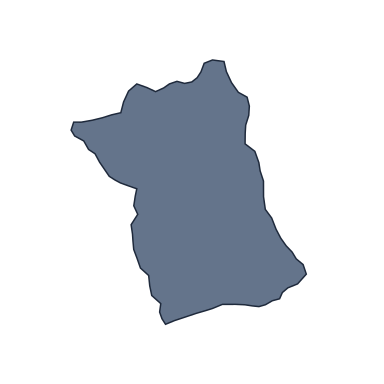 Ibirité, Minas Gerais, Brazil, rotated 18°
{"feature_id": "56859067B8022676764882", "entity_name": "Ibirité", "entity_type": "district", "adm_level": 2, "iso_a3": "BRA", "parent_name": "Brazil", "parent_adm1": "Minas Gerais", "projection": "orthographic", "projection_center": [-44.071, -20.022], "detail": "fine", "context": "isolated", "style": "filled", "palette": "slate", "viewbox_px": 384, "rotation_deg": 18, "n_neighbors": 0, "source": "geoboundaries", "source_scale": "gbopen_adm2", "svg_char_len": 1198}
<svg xmlns="http://www.w3.org/2000/svg" viewBox="0 0 384 384"><g transform="rotate(18 192 192)"><path d="M205.3,82.9L195.8,75.8L187.5,66.9L182.1,58.0L170.7,60.1L163.8,65.8L163.4,75.0L161.6,81.7L157.8,87.4L151.4,91.0L143.5,91.4L137.1,96.2L132.9,101.8L126.3,107.8L116.9,106.6L106.1,106.3L100.5,115.6L99.1,127.5L99.8,138.6L91.8,143.4L83.8,149.1L74.9,154.6L65.1,159.8L57.9,162.1L57.9,170.5L63.1,175.0L73.3,176.9L80.5,183.5L88.0,185.6L94.9,192.2L108.5,202.7L115.1,204.4L121.2,205.5L129.9,205.8L138.5,206.0L139.3,213.4L140.9,223.1L147.3,230.0L144.2,241.9L148.4,250.4L151.1,257.1L154.3,264.6L160.2,272.0L166.5,280.3L176.6,284.8L180.8,294.3L185.7,302.9L196.8,307.8L198.3,316.2L202.6,321.8L207.7,326.0L215.1,319.7L223.8,313.3L233.4,306.2L241.9,300.4L247.4,296.5L255.6,289.5L268.1,285.4L277.2,282.9L284.5,281.7L291.1,280.3L296.7,276.5L302.0,270.6L308.3,266.5L309.0,259.7L312.8,253.5L320.8,246.8L326.1,234.8L320.1,226.7L311.8,223.4L305.8,218.2L298.2,214.1L290.7,208.5L283.4,201.4L275.8,192.1L267.1,185.9L261.5,174.4L256.6,159.5L250.3,150.9L246.5,143.4L239.2,133.9L227.6,129.8L224.5,119.9L222.4,111.8L222.3,101.6L220.0,92.6L215.1,84.8L205.3,82.9Z" fill="#64748b" stroke="#1e293b" stroke-width="1.5"/></g></svg>